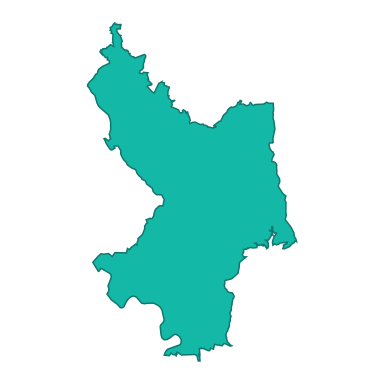 Caseiu, Cluj, Romania (Mercator projection)
{"feature_id": "2599482B80732485367147", "entity_name": "Caseiu", "entity_type": "district", "adm_level": 2, "iso_a3": "ROU", "parent_name": "Romania", "parent_adm1": "Cluj", "projection": "mercator", "projection_center": [23.866, 47.234], "detail": "fine", "context": "isolated", "style": "filled", "palette": "teal", "viewbox_px": 384, "rotation_deg": 0, "n_neighbors": 0, "source": "geoboundaries", "source_scale": "gbopen_adm2", "svg_char_len": 5994}
<svg xmlns="http://www.w3.org/2000/svg" viewBox="0 0 384 384"><path d="M296.5,241.5L295.8,238.8L294.6,237.2L293.8,232.7L290.9,227.0L285.2,219.6L286.3,215.3L285.8,211.3L286.0,202.2L284.8,200.2L285.9,196.0L282.8,193.6L278.4,186.6L278.7,184.0L279.7,182.4L279.7,179.9L279.4,178.5L276.6,173.9L276.9,171.3L276.5,167.0L276.8,165.4L276.4,163.9L274.8,162.2L271.7,161.5L272.1,158.7L274.1,154.6L272.8,151.7L271.8,151.4L270.4,149.5L269.3,146.6L269.1,144.5L269.5,142.9L272.6,142.9L273.2,142.3L272.7,142.0L273.0,141.4L273.0,137.8L274.9,129.2L274.0,121.8L272.9,117.4L273.3,114.5L273.0,112.3L273.5,111.0L273.6,109.3L273.2,103.2L268.8,103.3L266.7,102.2L263.6,104.1L255.1,104.5L253.5,105.5L252.1,104.8L251.3,103.3L250.3,102.6L249.1,104.9L246.8,105.8L243.4,104.1L240.0,104.1L241.6,101.1L240.2,100.4L238.9,102.4L237.8,102.5L237.2,104.7L235.3,106.5L232.3,107.5L231.1,107.0L229.1,108.6L227.6,110.2L226.9,112.1L223.5,115.2L220.8,121.0L219.2,121.4L213.2,126.0L214.1,125.7L216.0,126.3L216.1,126.7L215.3,127.4L213.7,127.4L213.0,128.1L208.6,126.9L208.0,127.4L206.9,125.7L203.8,125.0L203.1,124.0L200.3,124.6L195.2,122.1L192.4,122.4L189.8,123.6L189.4,122.0L190.2,120.5L189.5,117.3L188.2,114.7L187.6,112.0L186.6,112.2L186.7,113.3L186.4,113.2L185.7,112.5L185.7,111.4L183.5,109.8L182.5,110.5L182.6,112.3L181.7,112.9L180.4,113.0L179.4,112.0L178.6,109.9L171.2,106.7L172.3,104.4L171.5,102.8L175.1,100.2L171.6,101.0L168.4,97.6L169.0,95.8L167.8,95.5L168.0,91.3L169.4,87.3L164.1,85.1L164.5,82.9L161.5,82.3L161.7,81.8L158.8,83.4L154.1,93.1L152.7,92.3L147.2,86.5L147.9,85.6L151.1,85.0L152.4,83.8L151.5,84.3L151.0,83.1L147.8,79.9L148.6,79.3L147.0,74.1L148.0,72.8L143.5,72.3L142.6,73.7L139.6,73.0L139.4,72.6L140.1,70.8L141.9,69.9L143.5,67.7L143.4,63.7L144.4,61.3L144.5,59.0L145.6,57.4L145.6,55.4L144.3,54.5L134.8,58.1L133.8,56.8L132.1,56.6L130.3,55.5L129.7,54.7L130.1,53.7L128.7,53.3L128.4,51.5L127.7,50.6L126.5,50.1L126.3,50.7L125.3,50.6L125.1,50.0L124.0,49.6L121.4,46.5L121.5,44.6L121.2,43.3L122.3,41.2L120.4,36.0L120.9,35.5L119.5,35.1L117.0,31.9L116.9,29.6L117.0,28.9L120.3,28.9L120.4,25.6L121.0,25.3L120.9,24.5L118.1,24.6L116.1,24.1L115.5,24.4L114.8,23.0L113.3,24.3L112.1,26.5L110.1,27.6L110.9,29.6L110.1,30.2L111.0,30.6L111.6,32.0L111.0,33.2L112.8,33.9L113.1,34.5L112.6,38.7L113.0,41.7L112.4,42.2L113.2,43.5L113.5,44.9L113.1,45.6L113.4,46.2L110.5,44.6L107.6,47.3L106.9,47.3L106.5,48.5L102.9,48.7L102.2,50.3L101.0,49.8L99.7,52.5L100.3,51.6L101.5,54.0L103.0,55.2L101.5,53.3L101.9,52.9L103.3,55.5L104.7,56.2L105.2,57.4L106.3,57.8L107.3,57.4L107.6,58.5L107.3,59.7L109.5,61.2L109.6,63.1L102.4,66.5L98.7,69.4L98.0,70.7L97.2,73.8L95.7,74.3L93.2,78.5L89.2,82.3L87.5,84.9L87.8,85.3L87.6,86.2L89.5,88.3L91.3,92.0L94.9,95.4L97.1,103.2L98.8,106.5L108.5,115.0L110.1,119.7L110.6,122.1L110.7,129.5L109.2,134.5L110.1,136.6L109.9,137.5L110.8,138.8L108.3,140.8L105.2,138.3L103.9,138.8L104.5,139.4L106.3,143.6L110.3,149.5L111.9,150.0L115.4,147.8L114.1,147.9L114.0,146.1L118.0,145.9L120.8,150.7L120.7,154.0L122.4,157.7L123.7,159.8L126.1,162.2L127.5,165.0L131.9,168.1L135.1,169.4L136.1,170.5L136.9,173.0L138.9,175.7L141.3,177.6L142.0,179.3L145.6,181.0L146.5,183.9L152.2,188.2L153.2,191.5L154.4,193.0L156.7,194.7L161.8,194.8L162.8,197.2L164.4,199.6L163.8,201.0L163.0,205.7L159.0,206.0L155.5,209.4L154.4,212.2L153.5,216.4L151.9,218.8L149.9,218.3L146.1,219.8L147.5,222.8L146.3,223.5L144.6,226.3L144.8,228.5L142.4,234.6L138.0,238.5L138.0,240.7L137.3,241.9L136.8,245.1L135.7,244.1L131.1,247.5L129.4,249.7L127.5,248.5L126.4,252.9L115.0,252.6L112.2,256.5L108.6,253.6L103.7,254.2L100.9,253.8L97.8,256.6L92.8,262.3L98.4,271.4L99.3,270.9L100.9,268.3L109.6,273.3L110.8,274.4L111.2,276.3L111.0,278.1L108.0,286.0L108.9,288.8L108.8,291.0L107.0,294.1L111.3,299.8L117.4,304.4L120.2,307.5L121.8,307.9L123.9,306.7L126.1,302.1L128.0,299.3L130.6,297.0L132.9,296.1L135.0,296.5L136.6,297.3L141.7,303.2L144.4,303.7L147.9,303.2L153.8,303.2L158.2,305.4L160.2,307.2L161.9,309.8L164.2,320.0L163.5,321.8L160.6,325.2L160.2,326.7L161.1,335.1L162.0,337.9L164.2,339.8L166.8,339.6L169.6,338.2L174.0,334.6L176.1,334.3L179.3,336.4L181.2,339.5L181.1,342.5L180.2,344.7L167.7,349.2L165.6,351.6L164.2,355.1L169.4,355.7L171.0,353.1L172.9,354.6L175.2,354.7L176.2,355.8L177.0,354.0L176.2,353.5L177.3,352.1L181.4,355.0L194.7,354.5L195.9,355.0L197.2,356.3L198.2,360.9L200.0,361.0L199.6,355.5L198.8,355.6L198.8,354.1L199.9,354.7L199.4,348.6L201.0,348.0L201.1,348.6L204.1,348.5L204.1,348.9L208.4,350.7L209.7,350.6L210.6,348.2L213.4,349.2L214.6,344.4L222.0,345.8L224.1,343.6L225.8,343.9L230.2,346.1L231.7,345.7L230.2,344.9L227.4,341.6L226.6,338.9L226.7,337.7L225.9,336.2L226.2,335.7L225.8,335.2L226.7,332.0L227.7,330.8L228.1,328.9L228.9,327.4L228.8,326.8L229.4,325.9L229.5,322.5L230.2,321.2L230.4,318.1L231.1,316.1L230.1,314.8L230.0,312.6L231.2,310.5L231.5,306.2L232.1,304.2L232.0,302.7L232.5,301.4L232.6,299.3L233.4,298.5L234.2,296.3L232.4,292.9L228.7,292.3L227.1,290.8L226.6,289.4L225.0,288.3L224.3,285.2L224.9,283.4L224.6,281.8L225.1,280.5L231.7,278.8L238.0,273.3L239.1,267.7L239.6,262.4L246.2,256.9L243.5,256.8L242.6,255.1L242.6,254.1L243.6,252.3L243.6,249.4L246.6,249.2L247.9,248.1L248.2,248.4L250.4,247.4L252.7,248.0L256.8,247.6L257.2,245.6L256.2,243.9L255.0,243.2L256.1,243.0L257.7,245.4L258.0,245.0L259.0,245.5L260.7,244.9L261.4,245.2L262.9,244.6L263.2,246.0L263.9,245.8L263.6,244.0L265.0,245.9L265.6,246.0L265.9,247.5L267.3,247.6L267.0,248.4L267.8,248.0L267.8,247.4L268.3,247.0L268.5,245.9L268.1,242.6L267.4,242.0L267.6,241.7L265.6,240.2L268.5,240.1L271.3,235.7L271.4,234.7L272.9,235.2L272.7,233.7L271.9,232.9L272.2,232.0L272.0,231.0L269.7,231.0L269.6,230.4L272.4,229.5L271.8,228.4L271.6,226.9L272.0,226.8L272.7,226.9L272.6,232.1L273.1,231.4L274.6,233.1L276.7,232.5L275.9,233.2L276.5,234.0L274.1,236.3L272.9,240.2L272.4,242.5L272.9,245.2L274.5,243.9L276.4,244.8L278.6,244.2L279.9,243.1L287.3,242.2L286.9,243.6L283.4,245.1L283.6,246.5L282.8,248.7L284.5,248.8L289.3,246.7L292.6,243.3L294.3,242.7L294.8,241.4L296.0,241.1L296.5,241.5Z" fill="#14b8a6" stroke="#0f766e" stroke-width="1.5"/></svg>